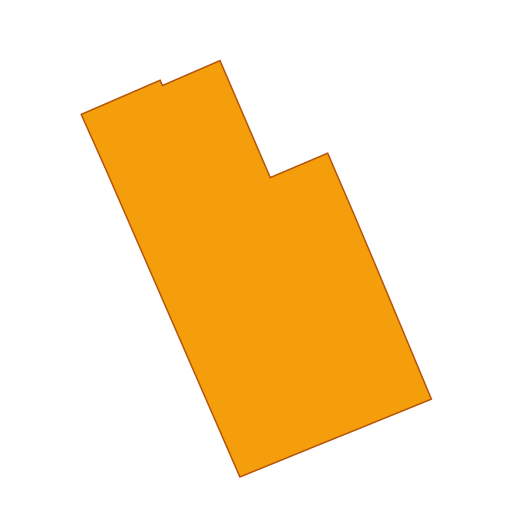 outline of Kankakee, Illinois, United States of America, rotated 68°
{"feature_id": "52423323B31844468450221", "entity_name": "Kankakee", "entity_type": "district", "adm_level": 2, "iso_a3": "USA", "parent_name": "United States of America", "parent_adm1": "Illinois", "projection": "equal_earth", "projection_center": [-87.786, 41.146], "detail": "fine", "context": "isolated", "style": "filled", "palette": "amber", "viewbox_px": 512, "rotation_deg": 68, "n_neighbors": 0, "source": "geoboundaries", "source_scale": "gbopen_adm2", "svg_char_len": 441}
<svg xmlns="http://www.w3.org/2000/svg" viewBox="0 0 512 512"><g transform="rotate(68 256 256)"><path d="M59.2,365.0L122.5,362.7L454.9,353.7L454.8,343.3L454.6,273.8L454.6,260.7L454.6,253.8L454.6,250.4L454.6,246.5L454.6,246.0L454.6,245.5L454.6,243.3L454.6,241.7L454.4,147.0L313.1,148.6L251.4,149.6L218.1,150.4L187.5,151.0L188.6,213.4L61.3,216.2L62.9,278.9L57.1,279.0L59.2,365.0Z" fill="#f59e0b" stroke="#b45309" stroke-width="1.5"/></g></svg>